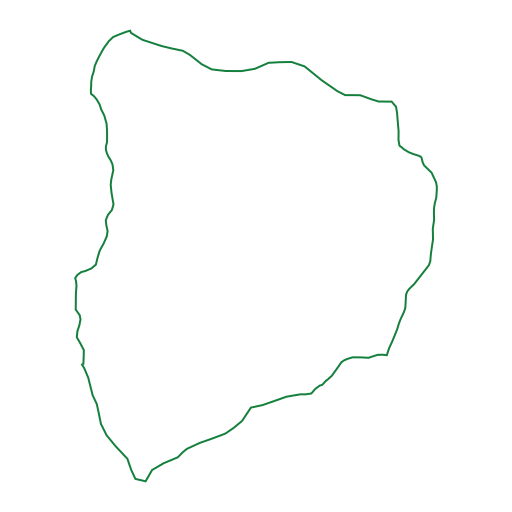 the district of Tsenkhar, Lhuntshi, Bhutan
{"feature_id": "84629894B20725193756290", "entity_name": "Tsenkhar", "entity_type": "district", "adm_level": 2, "iso_a3": "BTN", "parent_name": "Bhutan", "parent_adm1": "Lhuntshi", "projection": "robinson", "projection_center": [91.225, 27.467], "detail": "fine", "context": "isolated", "style": "outline", "palette": "green", "viewbox_px": 512, "rotation_deg": 0, "n_neighbors": 0, "source": "geoboundaries", "source_scale": "gbopen_adm2", "svg_char_len": 2299}
<svg xmlns="http://www.w3.org/2000/svg" viewBox="0 0 512 512"><path d="M82.0,364.7L84.0,367.7L88.2,377.6L92.6,395.1L96.8,404.1L98.6,412.4L100.9,423.8L106.6,435.3L115.6,446.2L127.4,458.8L131.2,469.9L135.4,478.9L145.6,481.3L152.1,470.0L163.7,463.2L177.8,457.3L182.8,452.2L187.0,448.8L199.8,442.9L211.8,438.7L225.1,433.7L233.4,428.1L242.1,420.9L250.9,407.6L262.5,405.1L286.5,396.7L300.5,394.3L305.9,394.3L311.3,393.5L315.4,388.8L319.7,385.6L322.2,384.9L326.1,380.6L327.0,380.1L331.8,375.8L334.3,372.3L338.2,366.9L341.4,362.2L344.2,360.3L347.7,358.8L352.6,357.3L361.4,357.4L368.5,357.8L372.7,356.4L377.5,354.9L382.3,354.7L384.3,354.9L386.8,355.2L389.3,347.7L392.2,341.5L397.1,329.5L398.7,324.2L400.3,319.8L403.8,312.3L405.2,308.4L405.5,305.1L406.0,294.9L407.2,291.6L409.3,288.8L414.0,284.3L425.8,269.2L428.9,265.2L430.3,261.1L430.8,254.8L431.8,247.4L433.0,239.7L433.0,238.3L432.8,228.7L434.1,219.9L433.9,212.8L434.1,207.4L434.9,202.9L436.2,198.0L436.8,190.4L436.8,186.4L436.0,182.1L434.4,178.7L432.9,175.5L431.6,172.7L427.3,168.5L424.1,165.4L422.6,162.2L421.7,158.3L420.8,156.7L418.3,155.6L413.4,154.1L408.7,152.2L403.9,149.3L401.7,147.3L399.5,145.7L398.5,140.0L398.6,131.4L397.6,119.6L397.0,112.4L396.0,106.7L391.6,101.6L387.9,101.6L378.6,101.5L371.4,99.3L360.2,95.2L345.1,95.1L337.3,91.1L321.6,80.2L304.6,66.4L291.6,62.0L279.6,62.2L268.6,62.8L254.9,68.8L241.5,71.1L225.7,71.0L211.7,69.4L201.8,64.3L189.9,54.9L182.9,50.8L171.9,48.5L161.8,46.1L142.4,39.8L131.0,32.9L130.1,30.7L126.3,31.8L119.1,34.5L113.2,37.0L111.5,38.6L108.4,41.6L107.3,43.4L105.1,46.2L103.5,48.6L101.0,53.1L99.0,56.8L96.7,61.4L94.8,65.8L93.8,71.2L92.0,76.9L91.2,82.2L91.2,85.0L90.9,90.2L90.9,92.5L91.1,93.9L93.9,96.1L96.8,99.6L99.7,104.7L101.2,109.4L104.3,115.6L106.6,123.8L107.0,130.4L107.1,135.3L107.0,142.2L105.9,146.7L105.9,149.8L106.9,153.2L108.3,156.4L110.7,160.3L112.5,164.4L113.3,170.3L111.3,179.4L110.7,184.8L111.5,192.7L113.5,204.4L111.9,210.0L108.0,214.8L105.8,220.2L106.3,225.0L107.6,231.2L106.8,236.3L103.7,243.4L99.8,250.4L97.6,257.5L95.9,264.6L91.3,268.5L85.3,271.0L81.2,272.1L77.4,274.9L75.2,278.0L76.0,281.1L76.5,285.7L75.9,293.3L75.8,303.5L75.7,309.5L79.7,315.2L80.5,319.4L79.4,325.1L77.4,331.3L76.8,337.3L80.3,343.3L83.8,350.1L83.7,356.3L83.4,363.7L82.0,364.7Z" fill="none" stroke="#15803d" stroke-width="2"/></svg>